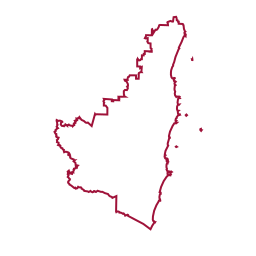 outline of Coffs Harbour, New South Wales, Australia, rotated 352°
{"feature_id": "25037944B5888724581246", "entity_name": "Coffs Harbour", "entity_type": "district", "adm_level": 2, "iso_a3": "AUS", "parent_name": "Australia", "parent_adm1": "New South Wales", "projection": "natural_earth1", "projection_center": [153.061, -30.173], "detail": "fine", "context": "isolated", "style": "outline", "palette": "rose", "viewbox_px": 256, "rotation_deg": 352, "n_neighbors": 0, "source": "geoboundaries", "source_scale": "gbopen_adm2", "svg_char_len": 5839}
<svg xmlns="http://www.w3.org/2000/svg" viewBox="0 0 256 256"><g transform="rotate(352 128 128)"><path d="M136.2,231.4L138.5,228.0L141.1,225.1L140.0,223.4L139.8,222.2L140.4,219.0L142.4,213.5L145.4,208.4L148.1,205.0L148.5,204.2L149.8,204.5L149.9,204.1L149.6,203.7L149.8,203.0L149.4,201.9L149.5,200.6L150.2,198.5L150.8,197.6L151.2,197.7L151.4,196.8L151.3,196.4L150.4,196.0L152.6,190.9L156.0,185.5L159.5,181.6L161.6,180.2L163.4,180.8L163.6,180.3L164.7,179.2L163.2,180.1L160.8,179.3L160.8,178.1L161.5,176.8L163.9,178.1L165.2,177.6L164.6,177.0L163.4,177.5L162.6,176.6L161.0,176.3L160.7,175.5L160.4,174.4L160.9,173.9L160.6,172.1L161.0,169.8L161.5,168.7L162.3,168.7L162.4,167.8L163.1,167.2L162.6,166.7L162.0,166.9L161.6,166.1L161.9,164.6L162.4,164.3L163.0,164.7L163.0,164.3L162.3,163.5L161.2,163.7L160.6,163.2L160.8,162.2L160.2,161.6L160.7,159.8L161.2,159.8L160.8,159.1L162.0,155.8L165.4,150.9L165.0,150.3L165.2,148.7L167.3,144.0L168.1,143.6L168.0,142.9L167.4,142.6L167.4,141.7L169.1,137.4L172.5,132.1L174.5,129.8L176.3,130.1L177.2,129.5L176.0,129.2L176.1,128.3L176.8,127.6L176.2,127.4L176.1,127.0L176.7,125.4L177.7,124.8L177.7,124.1L179.6,122.2L180.5,122.3L180.8,121.9L181.3,122.0L181.2,121.6L179.9,121.6L179.5,120.8L179.6,118.4L180.4,117.9L179.4,117.6L179.1,116.1L179.6,113.6L180.8,111.6L180.6,109.7L181.4,106.8L182.0,105.5L183.3,105.6L183.0,105.1L183.5,104.3L182.9,103.9L182.0,104.0L180.8,103.6L180.1,104.0L179.2,102.3L179.1,100.3L179.8,98.5L179.4,97.0L179.5,95.6L180.3,92.5L181.1,92.2L181.0,91.8L180.4,91.5L180.2,90.5L180.7,89.4L181.7,88.8L181.3,88.3L180.3,88.2L180.0,87.6L180.3,85.8L181.2,85.4L181.2,85.0L180.5,84.8L179.4,85.4L178.7,84.9L178.1,83.7L177.9,81.3L178.3,78.7L178.8,76.8L180.3,73.8L181.4,72.6L181.4,71.7L182.9,69.1L184.9,64.3L189.1,57.0L189.9,56.4L189.5,55.5L193.0,50.3L195.6,45.7L196.8,44.5L197.3,44.5L197.8,45.1L198.2,43.4L197.9,43.0L197.3,43.3L197.1,42.8L197.2,41.3L198.2,40.6L197.8,40.1L197.2,37.6L197.3,33.9L196.9,33.5L196.7,32.6L192.7,31.8L193.0,29.9L192.4,29.9L192.1,28.3L191.3,28.1L191.4,25.8L191.1,24.6L188.6,24.6L187.4,28.8L186.6,28.8L185.0,27.9L181.9,28.6L181.7,28.8L182.0,30.4L181.9,31.8L174.0,30.4L173.2,30.6L172.3,32.5L170.6,34.5L169.5,34.8L168.9,34.5L166.9,36.9L167.0,36.3L165.8,34.2L165.7,33.5L165.4,33.6L164.5,39.5L158.8,38.6L158.7,39.4L157.2,41.4L157.9,41.8L160.0,41.7L159.5,45.3L159.3,45.3L159.5,46.1L159.9,46.8L162.1,47.4L161.5,52.0L162.4,52.9L162.0,54.0L162.3,54.8L162.1,55.8L160.0,55.4L160.1,55.1L155.3,54.2L154.9,57.0L153.9,56.8L153.6,58.3L151.9,58.0L151.3,61.7L150.6,61.5L149.6,62.5L148.7,62.6L148.3,62.6L147.4,61.1L147.3,61.6L146.6,61.5L145.7,68.3L148.7,68.8L148.4,70.3L150.1,69.6L149.1,74.1L149.3,74.6L148.2,74.4L146.4,75.1L145.9,76.4L146.1,76.7L145.4,80.7L142.8,80.3L143.3,77.0L137.0,76.1L136.1,77.4L135.1,77.6L134.4,79.2L134.4,80.3L131.3,79.7L131.5,80.7L133.1,81.8L134.0,84.5L133.9,85.9L132.9,86.9L133.5,87.4L133.2,88.1L133.3,88.8L132.2,90.3L130.3,89.9L129.0,90.9L128.6,93.9L128.8,94.7L128.5,95.8L129.5,96.6L123.0,95.7L123.4,97.6L122.7,97.5L123.0,99.3L117.3,98.3L117.1,99.5L115.7,99.2L116.0,97.5L108.1,95.8L108.4,97.1L107.4,98.0L107.4,98.4L108.0,99.6L107.5,100.3L107.2,102.4L109.0,102.7L110.4,105.2L109.4,111.8L98.7,110.0L97.7,110.3L97.3,109.5L92.3,121.0L89.0,117.0L88.1,117.2L86.8,116.7L85.3,114.9L83.1,113.5L81.5,110.6L80.9,111.7L80.3,111.6L80.1,111.1L79.2,111.6L78.3,111.4L78.6,113.0L78.1,112.9L78.1,113.4L77.4,114.0L76.9,113.3L76.5,113.4L76.8,113.8L76.4,114.6L76.7,115.6L76.3,115.8L75.8,115.4L75.1,116.1L75.5,116.5L75.0,117.0L75.1,117.7L74.3,117.9L73.6,118.5L73.5,117.9L72.1,117.9L70.3,117.0L69.9,116.4L69.3,116.8L68.0,116.6L68.0,117.2L66.6,115.8L66.3,116.6L65.3,116.5L64.9,117.3L62.7,116.6L61.9,115.2L62.4,113.5L63.8,112.8L63.5,112.2L61.6,111.2L60.1,111.3L58.5,110.2L58.3,110.8L58.6,113.3L58.3,114.4L58.7,115.1L57.5,116.8L58.6,118.4L57.3,118.8L57.0,119.4L55.9,120.0L56.0,120.9L54.7,121.6L55.3,123.4L56.1,123.9L55.8,124.8L56.2,125.2L56.1,125.9L55.7,126.4L56.0,127.1L57.9,127.9L57.1,129.3L55.9,130.0L56.0,131.2L55.7,132.1L57.2,132.9L57.0,134.6L56.4,135.2L56.9,135.5L58.0,135.4L58.6,136.2L58.3,136.9L58.8,138.2L60.2,138.9L60.3,139.9L61.5,140.8L61.2,141.6L61.4,143.1L62.7,142.8L64.3,143.2L64.7,143.8L65.6,143.9L66.1,144.5L66.4,145.3L65.7,145.5L65.1,146.1L65.1,146.4L66.6,146.9L66.4,147.4L66.9,147.9L66.6,149.3L67.5,150.3L69.9,151.6L69.9,152.7L70.5,152.7L69.5,153.4L71.1,155.2L71.0,157.6L71.6,158.1L72.1,157.8L73.1,158.2L72.4,158.7L71.8,160.2L70.8,159.5L70.4,160.7L68.8,160.8L68.7,161.6L68.3,161.8L68.4,162.6L67.5,163.7L67.6,164.3L66.4,163.9L65.9,164.2L66.4,165.3L66.2,165.7L64.4,164.9L64.0,163.5L63.5,164.0L63.5,163.1L62.9,162.8L63.0,162.3L62.2,162.8L62.4,164.1L61.9,165.3L62.7,166.0L62.7,166.5L63.1,166.4L62.1,167.0L61.5,168.1L62.3,168.9L62.6,169.7L63.4,170.6L62.9,171.5L61.5,172.5L61.1,173.3L61.3,174.3L62.1,175.0L62.1,175.8L63.7,177.0L66.5,180.0L67.4,179.7L68.0,180.8L68.5,180.5L69.3,180.6L70.4,179.3L71.0,179.9L73.1,180.2L73.6,180.9L73.6,181.6L75.6,183.2L75.9,184.2L79.3,185.2L80.2,185.9L82.1,185.1L82.4,185.7L83.9,186.7L84.7,186.5L85.5,185.7L86.2,185.8L86.6,186.6L87.4,186.9L89.1,185.9L92.4,187.5L93.7,187.6L96.1,189.3L99.0,190.6L99.8,192.2L100.9,193.3L102.4,194.0L102.8,195.0L107.0,193.8L104.6,208.9L105.0,208.9L105.0,209.3L105.4,209.0L105.6,209.3L107.0,209.4L107.9,210.1L107.8,210.6L109.7,211.1L111.1,212.3L111.8,212.0L112.8,213.5L113.0,214.4L115.5,213.8L116.0,214.2L115.9,215.1L129.8,225.1L136.2,231.4ZM200.0,140.2L200.1,139.0L199.6,139.1L199.3,139.9L200.0,141.0L200.6,140.4L200.0,140.2ZM187.0,123.3L187.4,124.0L188.2,123.5L187.7,122.8L187.0,123.3ZM173.8,153.4L173.3,152.9L172.8,153.2L173.1,153.6L173.8,153.4ZM201.1,69.2L200.9,69.1L201.0,70.4L201.3,69.7L201.3,68.9L201.1,69.2ZM141.1,224.3L140.8,224.4L141.2,224.9L141.1,225.3L141.5,225.4L141.7,225.1L141.4,225.1L141.1,224.3ZM181.3,112.1L181.8,112.1L182.0,111.9L181.4,111.9L181.3,112.1Z" fill="none" stroke="#9f1239" stroke-width="2"/></g></svg>